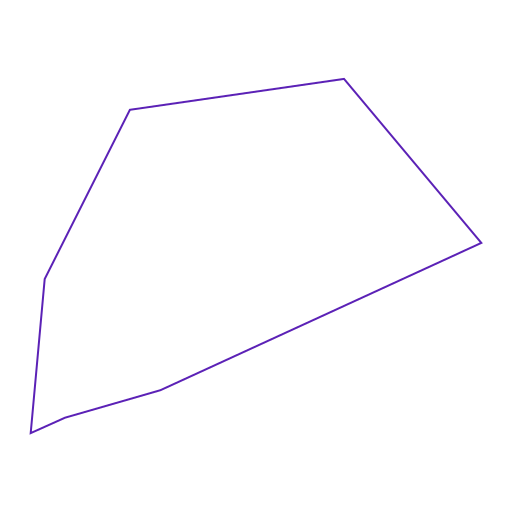 outline of Macao S.A.R
{"feature_id": "MAC", "entity_name": "Macao S.A.R", "entity_type": "country or territory", "adm_level": 0, "iso_a3": "MAC", "parent_name": "Asia", "parent_adm1": "", "projection": "orthographic", "projection_center": [113.504, 22.221], "detail": "fine", "context": "isolated", "style": "outline", "palette": "violet", "viewbox_px": 512, "rotation_deg": 0, "n_neighbors": 0, "source": "natural_earth", "source_scale": "50m", "svg_char_len": 230}
<svg xmlns="http://www.w3.org/2000/svg" viewBox="0 0 512 512"><path d="M30.7,433.1L44.7,279.0L129.9,109.8L344.0,78.9L481.3,242.9L464.1,250.8L160.4,390.2L65.0,417.7L30.7,433.1Z" fill="none" stroke="#5b21b6" stroke-width="2"/></svg>